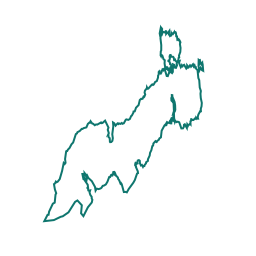 the district of Tingvoll nor, Møre og Romsdal, Norway, rotated 98°
{"feature_id": "86288312B33492217014163", "entity_name": "Tingvoll nor", "entity_type": "district", "adm_level": 2, "iso_a3": "NOR", "parent_name": "Norway", "parent_adm1": "Møre og Romsdal", "projection": "equal_earth", "projection_center": [8.112, 62.946], "detail": "fine", "context": "isolated", "style": "outline", "palette": "teal", "viewbox_px": 256, "rotation_deg": 98, "n_neighbors": 0, "source": "geoboundaries", "source_scale": "gbopen_adm2", "svg_char_len": 5709}
<svg xmlns="http://www.w3.org/2000/svg" viewBox="0 0 256 256"><g transform="rotate(98 128 128)"><path d="M221.5,159.9L212.1,156.7L206.8,153.5L204.0,153.3L202.9,154.1L201.2,154.4L199.5,156.0L197.2,157.1L195.1,156.8L195.6,158.0L195.4,158.6L193.7,159.1L193.0,159.9L192.6,159.7L192.8,159.2L189.8,160.0L184.9,164.4L184.8,165.0L179.9,166.8L179.8,166.4L184.0,164.1L185.6,161.8L184.2,161.7L181.4,162.9L180.5,164.3L178.7,164.7L179.9,163.5L180.2,162.8L180.0,162.3L182.9,160.4L185.7,156.4L190.9,152.5L194.5,151.4L192.4,150.5L192.6,148.6L191.7,146.8L191.0,146.0L188.8,145.0L188.5,144.0L187.0,142.1L184.1,140.9L179.2,139.8L179.1,138.9L177.0,138.3L176.5,137.6L176.9,137.5L176.4,137.1L176.8,136.7L175.1,136.2L175.6,136.1L174.0,136.5L173.8,135.8L172.6,136.0L176.1,134.6L176.3,134.3L175.3,134.1L176.7,133.3L178.4,131.2L180.0,130.5L180.9,129.5L184.1,127.7L183.5,127.3L184.5,126.4L192.0,123.2L191.6,121.4L191.9,120.2L188.3,118.8L181.4,115.1L178.6,114.0L171.9,112.7L171.3,111.8L169.5,112.3L165.4,114.8L164.9,114.7L163.8,115.8L162.0,115.8L161.6,115.7L162.3,114.6L161.0,114.2L162.5,113.6L161.6,113.5L161.0,114.1L158.1,113.7L158.5,113.6L158.3,112.7L158.8,111.8L161.4,111.2L163.3,110.0L162.6,109.1L164.4,107.8L163.5,107.5L163.4,106.5L162.3,106.4L160.6,105.3L159.4,105.3L157.8,103.7L156.2,103.9L152.3,102.7L149.5,102.7L146.8,101.8L142.5,101.4L141.9,100.7L139.8,100.7L137.2,99.0L138.0,97.9L137.7,97.5L136.8,97.3L135.3,95.8L134.0,95.5L132.7,94.1L126.0,94.3L120.3,92.2L119.4,91.5L120.1,91.0L119.9,90.5L118.2,90.8L117.2,90.4L117.7,90.0L117.1,89.8L117.4,89.4L117.0,89.2L117.2,88.1L116.8,87.9L117.9,87.5L116.0,87.4L116.2,87.1L115.8,86.8L118.3,86.3L117.3,86.2L117.3,85.8L113.2,86.0L113.7,86.7L111.4,86.0L112.9,85.8L112.4,84.6L111.4,84.9L109.1,84.5L107.4,85.0L107.7,85.3L105.9,85.1L104.8,84.3L104.2,84.5L104.2,85.0L96.7,86.4L96.4,87.0L94.1,87.8L95.1,88.4L94.8,88.8L92.3,89.3L91.2,88.9L89.3,89.2L89.3,88.7L90.8,88.4L95.7,85.5L98.9,84.5L103.4,83.7L105.2,84.0L106.2,84.7L112.5,83.6L112.8,84.1L112.3,84.4L112.8,84.7L114.6,84.1L114.6,83.0L115.0,82.8L114.6,82.6L115.2,82.4L114.3,82.2L115.4,80.7L114.8,79.6L115.2,78.1L121.0,75.1L120.7,73.5L119.2,72.9L117.0,73.0L116.4,72.3L119.8,69.7L116.1,69.8L117.1,68.9L116.5,68.8L116.2,67.8L115.1,67.2L115.6,66.6L112.7,67.1L112.1,66.5L110.5,66.7L110.4,66.3L111.1,65.3L111.0,64.3L109.2,63.0L109.5,62.2L108.3,62.1L109.2,61.3L109.0,59.9L107.6,60.5L104.9,60.2L101.1,58.8L101.7,58.5L101.4,58.1L98.9,58.6L96.3,58.2L92.9,58.4L88.2,60.1L84.0,61.0L81.2,61.0L77.9,62.6L70.8,64.1L68.7,65.3L61.0,67.2L59.7,68.9L58.5,69.3L58.8,69.8L56.7,70.8L57.9,71.4L56.2,72.3L56.7,72.5L56.3,72.8L58.5,74.1L57.6,74.7L57.9,75.1L57.5,75.4L59.7,76.5L59.5,77.0L58.3,77.6L57.8,78.1L60.2,77.8L61.1,78.5L57.6,81.2L58.3,82.2L59.6,82.7L59.6,83.2L58.7,83.6L60.4,84.2L56.5,86.5L54.5,86.2L55.1,87.3L54.3,87.7L57.1,88.8L59.2,88.2L61.8,88.9L61.7,89.8L59.1,90.8L58.7,92.2L61.8,91.2L62.1,92.2L64.4,92.9L64.3,93.7L65.0,93.8L66.1,92.9L66.0,92.1L64.3,91.9L64.1,91.7L66.2,91.4L67.5,92.0L66.3,93.7L67.6,94.7L67.2,95.0L71.1,95.8L71.1,96.9L64.1,100.1L65.8,100.9L64.8,101.7L65.1,102.1L66.4,101.9L66.8,102.8L68.4,102.6L69.5,103.1L68.5,104.5L67.6,105.0L68.3,105.4L70.7,105.0L71.9,105.5L73.9,105.3L77.5,106.0L78.6,107.5L81.4,108.6L81.9,109.2L81.4,109.9L81.7,110.4L86.2,113.4L86.4,114.0L85.1,114.9L86.1,114.9L88.6,116.4L90.7,116.5L92.4,115.6L94.8,116.2L95.1,116.4L94.8,117.0L97.0,117.6L97.5,118.8L97.3,119.1L98.6,120.2L103.8,120.7L106.8,122.9L110.5,123.6L110.9,124.8L112.0,124.8L115.1,125.9L115.8,126.6L118.8,127.4L119.9,128.8L119.7,130.9L120.2,131.4L123.9,132.8L124.6,134.1L123.9,134.9L125.0,136.1L124.7,137.6L125.4,138.0L124.9,139.0L127.4,140.6L125.2,142.3L124.6,143.6L128.2,142.8L136.4,142.7L140.2,141.6L142.9,141.7L144.2,142.6L144.5,143.7L144.2,144.0L140.6,144.7L139.7,146.0L137.1,146.5L137.3,146.7L135.7,146.3L132.6,147.8L130.3,147.4L123.9,151.7L126.5,153.9L126.8,154.5L126.3,155.3L126.9,155.5L126.9,156.3L128.9,158.9L128.9,160.1L129.9,161.3L128.7,163.0L128.6,164.0L126.5,166.0L128.1,166.4L128.0,167.0L129.5,168.3L133.2,169.3L134.3,171.9L135.3,173.0L135.3,173.7L137.7,175.4L139.2,177.5L140.5,177.8L141.3,178.8L150.0,180.3L152.0,181.7L155.9,183.1L157.8,184.5L159.3,185.0L159.4,185.8L160.0,186.0L167.5,186.0L171.2,185.0L172.5,185.7L171.6,186.8L179.7,187.3L188.1,188.5L191.0,190.2L191.8,191.4L191.2,192.0L193.2,192.7L193.9,193.5L199.1,191.8L202.6,190.0L204.0,190.5L212.1,190.2L213.4,191.9L221.8,194.5L225.0,194.6L225.2,195.6L231.9,197.9L229.5,188.6L225.3,182.3L224.5,180.3L219.8,175.2L208.5,170.1L206.8,168.0L210.9,163.0L219.0,162.6L221.5,159.9ZM45.5,86.8L41.4,87.1L37.6,88.3L35.8,88.0L35.5,88.2L35.9,88.4L34.4,89.0L33.8,89.4L34.0,90.1L33.0,90.4L33.7,91.4L30.5,92.2L30.5,93.0L27.7,93.6L27.0,93.9L27.1,94.5L26.3,94.5L25.8,94.8L26.7,94.7L26.5,95.1L26.9,95.5L26.6,95.6L28.6,96.5L28.1,97.4L29.2,97.7L28.0,98.4L30.3,98.4L31.1,99.2L30.0,99.9L29.8,100.5L26.6,100.8L28.4,101.7L28.0,102.5L29.4,103.3L26.9,103.7L26.9,104.2L28.3,104.7L27.8,106.8L32.2,107.8L25.1,108.0L24.3,108.8L24.7,109.1L24.1,109.5L29.9,109.8L32.8,108.8L33.1,108.6L32.8,108.4L34.4,108.4L41.3,106.6L46.5,105.9L47.6,106.2L51.6,105.8L52.0,105.5L50.7,105.5L51.5,104.1L54.9,102.4L55.8,101.0L58.8,100.8L61.6,100.0L62.3,99.7L62.3,99.1L63.2,99.0L62.6,98.7L63.1,98.1L65.0,97.7L62.9,97.1L63.7,96.4L65.1,96.3L65.5,95.5L62.7,94.6L63.1,94.3L62.9,93.4L61.5,93.1L59.0,94.5L59.0,95.2L57.0,95.8L56.0,97.4L55.5,97.3L55.0,96.4L53.6,96.2L51.3,96.8L50.8,96.7L51.1,96.2L49.1,96.3L51.4,95.0L51.2,93.3L51.8,92.6L54.2,91.8L53.7,90.9L54.6,90.6L55.7,89.0L54.2,87.7L51.4,87.6L51.0,87.1L49.2,87.6L45.5,86.8ZM60.5,61.6L53.8,63.1L54.9,63.1L53.2,63.5L54.6,64.2L52.6,65.4L53.2,65.6L50.7,66.3L51.0,67.0L50.7,67.5L56.8,66.8L61.1,65.3L58.2,64.4L60.4,62.8L60.6,62.4L60.1,62.2L60.5,61.6Z" fill="none" stroke="#0f766e" stroke-width="2"/></g></svg>